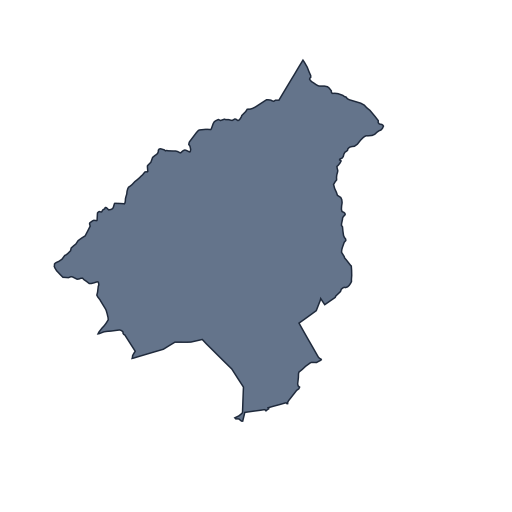 the border of Bolivia, rotated 58°
{"feature_id": "BOL", "entity_name": "Bolivia", "entity_type": "country or territory", "adm_level": 0, "iso_a3": "BOL", "parent_name": "South America", "parent_adm1": "", "projection": "robinson", "projection_center": [-65.153, -16.301], "detail": "fine", "context": "isolated", "style": "filled", "palette": "slate", "viewbox_px": 512, "rotation_deg": 58, "n_neighbors": 0, "source": "natural_earth", "source_scale": "50m", "svg_char_len": 5149}
<svg xmlns="http://www.w3.org/2000/svg" viewBox="0 0 512 512"><g transform="rotate(58 256 256)"><path d="M117.2,288.3L117.2,287.1L116.9,285.2L115.9,283.7L114.5,282.7L114.0,281.4L114.5,280.1L117.3,277.6L118.8,277.1L119.2,275.8L120.2,274.8L122.8,271.0L124.4,268.5L125.9,267.1L127.8,266.0L128.6,265.2L128.1,262.5L128.2,260.7L128.9,259.6L130.7,258.4L132.3,257.4L132.7,257.0L132.5,256.3L131.0,254.9L127.9,253.8L125.8,253.9L124.6,252.8L123.9,251.9L119.7,240.9L119.0,238.3L119.1,237.3L121.8,231.8L122.9,230.0L124.8,227.4L124.4,226.4L121.0,222.1L120.0,220.1L120.0,218.1L120.3,215.6L122.3,214.3L122.8,212.2L123.2,210.3L124.1,209.6L124.9,208.5L125.9,206.9L127.5,205.4L128.4,204.4L128.6,201.3L129.4,200.5L131.5,199.6L131.8,198.8L131.3,196.8L130.2,194.6L129.3,193.6L128.1,188.3L126.9,185.7L127.4,184.7L128.3,183.3L129.0,180.7L129.3,177.6L129.1,166.4L129.1,164.2L130.2,162.6L131.7,160.8L133.0,160.1L134.2,159.0L134.2,156.9L135.0,155.6L136.0,154.0L132.8,147.8L130.0,142.3L127.4,137.2L124.4,131.3L122.4,127.3L119.9,122.5L117.7,118.2L114.8,112.4L117.5,112.3L123.0,112.5L128.4,113.5L132.0,114.0L133.5,114.9L133.8,116.3L134.8,117.0L136.0,116.7L137.3,116.6L140.2,115.2L142.6,114.2L144.7,113.0L145.7,111.9L148.2,107.9L150.3,105.7L152.2,105.0L155.9,104.6L157.0,105.3L158.5,105.2L159.8,102.9L161.8,100.4L165.7,97.3L167.7,96.5L168.9,95.4L171.0,95.2L172.9,94.1L181.9,86.2L185.5,84.2L187.8,83.8L189.7,83.3L192.9,82.2L200.9,81.1L206.0,80.6L207.7,81.7L209.5,81.4L211.1,79.6L212.4,79.1L213.4,79.1L214.8,81.2L215.4,83.4L215.0,85.1L215.1,87.6L215.7,90.8L215.3,93.6L213.4,97.4L212.4,98.9L212.2,100.5L212.4,102.6L213.2,106.0L214.9,110.8L215.1,114.4L214.0,116.7L213.4,118.6L213.5,120.3L213.9,121.5L214.7,122.1L215.1,123.5L215.1,125.5L216.1,127.4L217.9,129.3L218.6,131.1L218.3,132.8L218.3,133.8L218.9,134.2L219.4,133.9L220.0,133.4L220.6,133.6L221.9,136.0L222.0,136.4L222.7,138.4L222.9,139.9L224.7,140.7L226.7,141.3L227.8,142.1L230.0,144.5L231.9,146.0L234.2,147.3L234.9,149.3L236.4,152.3L240.3,153.5L244.8,154.1L247.7,154.8L251.3,153.1L253.6,153.4L256.0,154.5L257.0,155.2L258.8,156.8L261.6,158.8L263.9,159.5L265.5,158.4L267.0,158.0L268.2,158.5L268.8,160.7L269.4,162.2L270.8,163.3L273.7,166.1L275.3,167.3L277.1,167.2L280.9,169.1L285.0,170.9L287.1,171.2L289.2,171.0L290.5,171.7L291.1,173.9L294.6,178.3L296.2,180.0L298.2,181.5L303.2,181.5L304.7,181.9L307.0,181.5L313.7,180.8L315.0,180.5L318.8,182.5L323.3,185.2L326.3,187.4L328.3,188.6L329.4,190.5L330.3,192.6L330.7,194.7L330.2,196.9L329.3,197.8L329.1,199.2L329.4,201.3L330.9,203.2L331.4,205.5L332.2,209.5L333.1,210.8L333.7,223.5L330.6,223.6L326.4,223.7L327.6,224.9L331.1,229.6L334.3,233.9L334.8,240.9L335.1,245.3L335.5,251.5L335.7,255.1L343.8,255.5L353.1,255.9L364.3,256.3L374.1,256.7L375.1,256.7L376.8,256.2L377.9,255.5L378.6,255.6L378.7,257.0L378.5,258.9L378.4,261.1L375.6,265.4L375.4,266.7L375.8,272.4L376.7,276.9L377.2,281.1L378.3,282.3L381.6,284.5L386.6,288.5L388.6,289.1L390.3,288.5L391.3,290.1L391.5,292.8L394.2,300.2L395.9,304.9L396.7,306.5L398.0,307.4L397.7,308.0L396.6,308.2L396.1,309.1L394.6,314.4L392.5,321.3L391.1,326.2L392.3,326.2L392.3,327.6L392.6,329.6L391.1,329.9L390.6,330.6L388.9,334.6L386.5,339.8L384.1,345.2L382.7,348.4L385.1,350.8L389.0,354.8L388.3,355.8L386.6,356.4L385.2,356.8L384.1,358.3L383.5,359.4L382.0,359.7L382.5,355.3L382.0,351.4L381.6,350.4L374.8,345.8L368.6,341.6L360.5,336.1L350.0,336.3L339.1,336.4L328.7,338.9L318.5,341.3L313.7,342.4L304.0,344.7L298.3,345.8L296.8,350.2L294.5,356.8L292.3,360.6L289.7,364.7L286.1,370.4L286.0,377.3L286.0,383.9L283.4,393.2L281.2,401.1L279.1,408.7L277.7,413.9L277.2,415.3L276.8,414.8L275.0,413.3L273.4,410.3L272.9,409.0L272.7,408.9L262.9,409.0L253.4,409.1L252.4,409.7L251.1,409.7L250.1,409.1L249.1,409.2L247.7,409.8L246.4,410.9L242.8,418.8L241.0,422.2L239.7,425.2L238.7,430.3L238.3,431.2L237.2,429.4L235.5,424.7L234.8,422.0L233.7,419.0L231.8,415.1L229.6,414.0L228.3,413.6L226.3,412.9L222.8,411.9L221.3,411.7L211.4,411.6L210.6,411.5L206.8,411.9L204.8,411.7L202.7,409.5L198.1,405.8L197.2,404.6L195.4,403.8L194.3,403.7L193.7,404.4L192.9,407.6L192.0,410.4L191.0,412.0L187.7,413.2L184.7,414.5L183.0,414.8L182.1,416.2L181.7,418.2L180.9,420.0L176.5,422.7L175.5,423.8L175.0,426.5L172.6,429.8L171.8,431.0L167.9,431.9L162.9,432.9L159.9,432.9L157.9,432.6L157.3,432.0L156.0,431.1L155.7,430.0L155.7,428.6L156.1,425.9L155.9,422.2L154.2,417.9L154.4,416.6L154.2,414.5L153.3,410.5L151.3,408.5L150.7,405.2L150.4,402.4L148.7,398.7L148.4,394.2L148.4,390.2L145.7,385.6L142.8,380.8L140.5,380.1L139.9,379.5L139.7,378.1L139.6,375.9L139.8,374.6L141.5,372.5L141.6,372.2L141.3,371.7L136.7,368.5L135.5,367.6L135.2,366.5L135.2,365.4L136.3,364.4L136.8,363.6L135.7,361.3L135.8,359.3L135.1,358.4L135.2,357.7L135.9,357.2L138.8,356.5L139.7,354.4L139.8,352.7L139.3,351.4L136.6,348.3L136.5,347.8L139.4,343.5L141.4,340.7L142.0,340.1L141.8,339.5L141.3,338.7L140.0,337.6L138.3,336.4L136.9,335.0L135.0,332.8L132.7,331.0L131.0,329.1L130.1,327.6L130.1,326.0L129.8,323.4L128.7,319.2L128.4,316.4L127.9,313.2L127.4,311.2L127.1,309.2L126.3,307.0L125.9,305.5L126.5,304.4L127.1,303.5L127.0,303.0L122.6,300.7L121.9,300.1L120.8,295.5L117.6,291.4L117.2,288.3Z" fill="#64748b" stroke="#1e293b" stroke-width="1.5"/></g></svg>